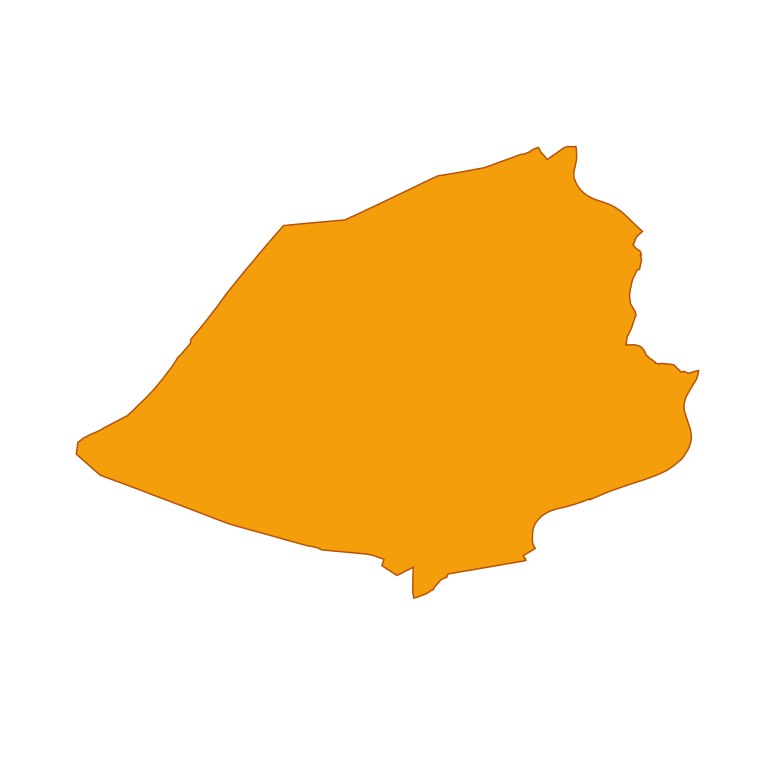 Heerde, Gelderland, Netherlands (Equal Earth projection), rotated 353°
{"feature_id": "6326949B25079542820913", "entity_name": "Heerde", "entity_type": "district", "adm_level": 2, "iso_a3": "NLD", "parent_name": "Netherlands", "parent_adm1": "Gelderland", "projection": "equal_earth", "projection_center": [6.06, 52.406], "detail": "fine", "context": "isolated", "style": "filled", "palette": "amber", "viewbox_px": 768, "rotation_deg": 353, "n_neighbors": 0, "source": "geoboundaries", "source_scale": "gbopen_adm2", "svg_char_len": 6028}
<svg xmlns="http://www.w3.org/2000/svg" viewBox="0 0 768 768"><g transform="rotate(353 384 384)"><path d="M603.4,171.6L600.6,171.6L598.2,171.2L595.4,170.7L593.6,171.0L591.2,171.6L584.4,175.2L583.2,176.0L580.9,177.2L580.4,177.3L573.3,181.1L570.8,176.9L568.3,173.6L567.8,172.7L567.1,170.4L566.0,167.9L564.8,168.3L563.9,168.3L559.2,169.9L558.5,170.2L557.1,171.2L551.3,172.8L550.4,173.0L548.9,172.7L548.4,172.7L530.0,176.9L527.3,177.5L516.9,180.0L508.7,181.7L503.3,181.9L500.6,182.1L492.5,182.6L481.6,183.3L462.8,184.0L447.9,188.9L405.9,203.1L395.7,206.5L374.5,213.4L365.3,216.4L320.7,214.9L314.7,214.8L303.6,214.5L297.0,220.4L292.9,224.0L286.2,230.2L284.2,232.0L273.8,241.6L268.4,246.9L264.1,250.6L259.4,255.1L239.3,274.5L231.3,283.0L230.3,284.3L230.0,284.5L228.4,286.3L225.9,288.8L220.6,294.1L216.3,298.5L209.4,305.2L206.1,308.4L200.3,313.7L198.2,315.8L197.7,316.4L197.4,316.8L197.4,317.1L197.3,318.4L197.3,318.8L197.2,319.2L197.0,319.6L196.7,320.0L196.2,320.6L193.8,322.9L191.0,325.5L189.8,326.5L188.8,327.4L187.2,329.0L185.6,330.3L184.8,331.0L182.7,332.5L182.0,333.1L180.8,334.8L180.2,335.6L175.4,341.3L170.3,346.4L168.9,347.8L166.0,350.9L158.3,358.2L156.0,360.4L153.6,362.5L151.1,364.6L148.5,366.7L145.8,368.9L138.8,374.2L128.0,382.4L125.1,384.3L119.9,386.2L100.8,393.4L96.1,395.5L91.0,397.1L86.7,398.3L80.2,400.7L79.7,400.8L73.1,404.6L72.6,406.4L70.2,415.5L70.1,416.1L91.0,439.7L91.4,440.0L108.6,448.9L124.7,457.2L146.5,468.8L159.2,475.4L161.7,476.8L165.5,478.7L175.4,484.0L178.7,485.7L182.4,487.7L188.0,490.6L197.5,495.7L200.0,497.1L211.1,502.9L214.8,504.7L234.1,512.8L239.8,515.1L254.1,521.0L268.7,527.2L273.7,529.2L274.0,529.3L280.6,532.1L286.9,534.6L287.8,535.0L289.7,535.7L291.0,536.0L292.3,536.5L292.7,536.5L292.8,536.6L295.8,537.6L298.3,538.5L298.6,538.7L298.8,539.0L301.3,540.7L302.1,541.1L345.6,550.6L346.0,550.6L349.5,551.9L351.1,552.4L352.1,552.7L361.7,557.5L362.6,557.9L360.8,561.8L359.8,563.9L363.9,567.6L366.9,570.0L373.5,575.6L375.3,575.0L376.8,574.6L377.5,574.3L380.5,573.1L381.6,572.5L383.9,571.9L385.0,571.5L390.3,569.6L390.8,569.3L389.9,574.5L388.9,581.1L388.5,584.3L387.4,592.1L387.3,593.3L387.3,594.2L387.3,595.7L387.5,600.1L388.9,599.9L391.1,599.6L392.1,599.4L393.7,599.0L395.2,598.5L397.4,598.1L399.1,597.7L400.2,597.4L401.0,597.1L403.0,596.1L405.6,594.7L406.1,594.6L407.2,594.3L407.9,594.0L408.2,593.7L408.7,593.0L409.4,591.8L410.0,591.2L410.4,590.7L412.0,589.4L414.5,587.3L415.6,586.2L416.2,585.5L416.8,585.1L418.2,584.6L421.2,583.8L422.8,583.4L423.1,583.1L423.1,582.9L423.1,582.3L423.8,581.4L424.4,580.5L424.7,580.4L426.1,580.3L426.7,580.3L429.1,580.2L435.2,579.8L443.9,579.4L451.0,579.2L457.8,578.7L461.5,578.6L464.0,578.5L468.0,578.3L475.8,577.9L480.1,577.7L480.7,577.5L486.3,577.4L498.4,576.8L500.8,576.8L503.2,576.3L502.5,575.0L503.2,574.7L502.6,574.2L501.8,572.6L501.3,571.4L510.6,567.2L514.1,565.6L512.9,562.8L512.5,561.3L512.3,560.5L512.2,559.4L512.2,558.1L512.4,556.0L512.7,553.7L513.1,551.5L513.5,549.2L513.7,548.1L514.1,547.1L514.9,545.0L515.4,543.9L515.9,542.9L516.8,541.6L518.0,540.0L519.0,538.9L520.1,537.8L521.2,536.9L523.4,535.1L524.3,534.4L525.4,533.8L526.7,533.1L529.8,531.7L531.2,531.1L534.2,530.2L535.8,529.8L539.2,529.2L542.7,528.8L546.4,528.4L549.7,528.0L556.7,526.9L560.1,526.3L563.5,525.6L566.8,524.9L570.3,524.0L573.8,523.1L574.1,523.9L584.7,520.9L594.1,518.3L598.8,517.2L604.2,516.0L613.8,513.9L623.5,512.0L627.8,511.3L635.1,509.7L640.9,508.3L643.8,507.5L650.8,505.4L652.3,504.9L653.6,504.4L655.2,503.7L657.6,502.5L659.9,501.3L663.8,499.0L665.7,497.7L668.8,495.9L671.3,493.7L673.4,491.5L675.3,489.2L677.1,487.1L678.3,485.3L679.5,483.2L680.6,481.0L681.4,478.9L682.1,476.9L682.5,474.5L682.7,472.6L682.7,468.5L682.5,466.6L682.2,464.5L681.7,462.4L680.5,456.0L679.5,450.9L679.1,448.6L678.9,446.6L678.9,444.4L679.1,442.2L679.2,441.2L679.7,439.8L681.0,436.4L681.9,434.2L683.0,432.4L689.4,424.1L691.1,421.9L693.0,419.6L694.5,417.7L695.2,416.4L696.2,414.2L697.1,412.1L697.9,408.9L695.1,409.2L687.5,410.5L685.5,409.3L683.7,408.2L682.8,407.9L682.8,408.2L682.5,408.5L680.4,408.3L679.8,408.0L679.4,407.1L679.2,406.7L678.2,405.5L676.7,403.9L675.4,402.1L675.3,401.9L674.6,400.8L673.9,400.4L672.3,399.8L669.2,398.9L668.8,398.9L667.6,398.7L666.1,398.3L664.4,397.9L663.2,397.6L662.3,397.5L661.4,397.4L660.9,397.4L660.7,397.6L657.7,397.2L655.6,395.9L655.9,395.5L655.0,394.6L654.3,394.0L653.4,393.2L653.2,392.9L653.2,392.7L651.5,391.5L651.2,391.3L650.9,391.1L650.4,390.6L650.2,390.3L649.9,389.5L649.5,389.1L648.7,388.4L648.0,387.5L647.6,386.9L647.6,386.7L647.4,385.9L647.1,384.8L646.8,383.8L646.1,382.2L645.9,381.6L645.5,381.2L644.7,380.1L644.3,379.4L643.9,378.9L643.3,378.3L643.0,378.1L641.5,377.2L640.7,376.8L638.7,376.2L638.1,375.9L637.9,375.7L629.0,374.7L628.8,374.7L629.2,373.6L629.5,372.8L630.7,368.1L631.2,366.8L631.4,366.4L632.1,365.4L635.0,361.1L636.4,358.7L637.0,357.6L638.7,353.8L639.0,353.1L639.9,351.3L641.1,348.9L642.3,346.7L642.6,346.1L642.6,345.7L642.2,344.3L642.2,344.0L642.1,343.5L642.2,343.3L642.1,342.9L640.5,339.1L638.5,334.5L638.4,326.2L639.0,323.7L639.6,321.5L640.4,319.0L641.0,317.6L641.3,316.8L641.8,314.9L642.9,312.0L643.3,311.1L644.0,309.7L646.4,306.0L647.7,303.9L648.3,303.0L648.9,302.2L649.7,301.7L651.6,301.3L654.6,292.6L654.8,291.7L654.8,291.0L654.1,287.6L654.1,287.4L654.3,287.2L655.2,287.2L654.9,285.3L654.7,284.3L654.6,283.8L654.4,283.4L654.1,283.0L652.4,281.7L651.3,280.8L650.8,280.3L649.5,278.2L649.2,277.9L648.3,276.0L648.7,275.1L649.1,274.9L649.6,274.3L650.7,271.9L650.8,271.5L652.9,268.6L653.4,268.1L656.6,265.8L657.1,265.6L659.1,264.1L654.8,258.9L653.0,256.9L650.6,253.9L648.0,250.6L642.3,243.7L640.4,241.7L637.0,238.6L634.9,236.9L632.4,235.1L629.6,233.3L627.9,232.3L625.7,231.2L622.6,229.7L616.4,226.8L612.7,224.6L608.6,221.6L606.3,219.5L604.5,217.4L603.2,215.8L602.7,215.1L601.0,212.1L600.5,211.0L599.9,209.8L599.1,207.6L597.9,203.1L597.7,202.0L597.8,200.5L598.0,198.7L598.3,197.2L598.5,196.1L599.3,193.8L600.7,190.1L601.4,187.9L602.1,185.7L602.8,182.8L603.0,181.0L603.5,175.5L603.4,171.6Z" fill="#f59e0b" stroke="#b45309" stroke-width="1.5"/></g></svg>